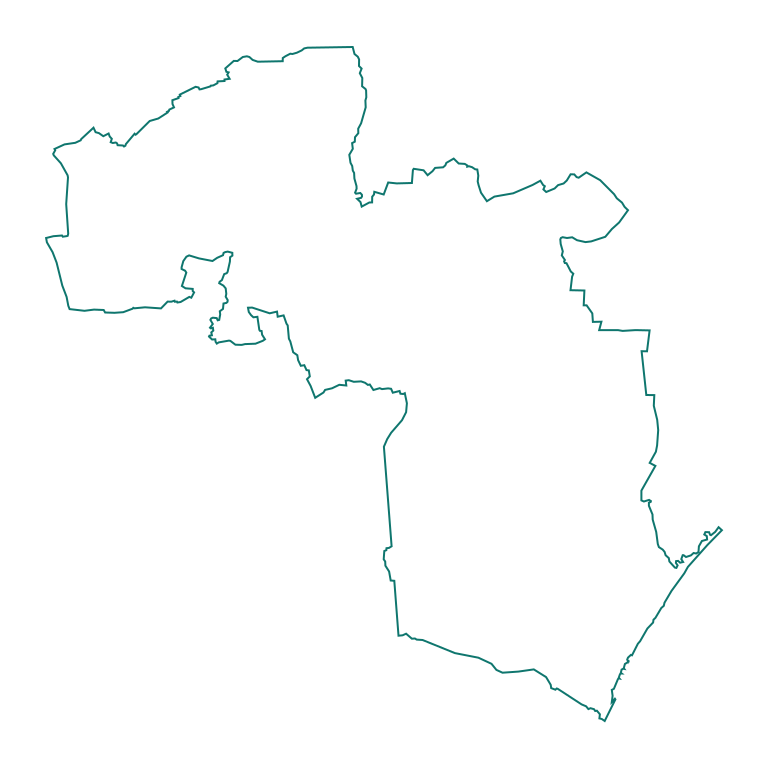 outline of Mueang Phetchaburi, Phetchaburi, Thailand
{"feature_id": "78962969B35998281204361", "entity_name": "Mueang Phetchaburi", "entity_type": "district", "adm_level": 2, "iso_a3": "THA", "parent_name": "Thailand", "parent_adm1": "Phetchaburi", "projection": "albers", "projection_center": [99.958, 13.071], "detail": "fine", "context": "isolated", "style": "outline", "palette": "teal", "viewbox_px": 768, "rotation_deg": 0, "n_neighbors": 0, "source": "geoboundaries", "source_scale": "gbopen_adm2", "svg_char_len": 6047}
<svg xmlns="http://www.w3.org/2000/svg" viewBox="0 0 768 768"><path d="M225.3,68.4L226.4,71.8L228.6,72.4L227.2,74.7L229.6,78.8L224.5,79.5L224.5,81.0L217.6,81.4L217.4,83.2L213.3,85.4L210.7,85.7L210.4,86.4L201.1,89.2L199.5,89.4L198.6,87.5L195.6,86.8L179.8,94.6L180.4,96.0L178.3,97.0L178.5,98.1L172.4,100.2L172.5,104.0L174.0,107.4L169.3,109.6L169.0,110.8L167.1,111.8L167.6,112.5L158.3,118.5L149.7,121.0L136.4,134.2L135.6,134.7L134.6,133.7L125.8,144.2L125.4,145.7L124.0,146.5L123.0,145.5L117.6,145.2L117.1,143.4L115.8,142.5L112.8,143.0L110.7,142.2L111.8,138.8L109.7,136.5L108.6,133.5L103.3,136.2L98.9,133.1L95.6,132.2L93.5,127.7L81.2,139.1L80.7,140.3L75.3,142.8L64.5,144.4L54.5,149.0L55.2,150.3L53.2,153.9L53.8,155.4L60.9,163.3L67.6,175.3L68.0,177.4L66.2,204.1L68.2,233.7L67.7,235.8L66.8,236.1L62.8,236.7L62.0,235.5L53.4,236.2L46.1,238.0L46.9,242.3L52.6,252.2L56.6,262.6L62.3,285.6L66.6,296.9L68.3,305.8L69.6,309.1L84.5,310.8L94.0,309.6L103.7,310.0L105.1,312.5L114.5,312.8L123.2,312.2L132.6,308.7L133.3,307.8L134.5,308.3L145.0,307.3L161.0,308.4L167.6,301.6L171.3,301.7L174.5,300.7L174.8,301.7L177.0,301.6L177.4,302.5L180.6,302.0L189.3,296.9L191.3,297.7L194.1,292.4L192.7,291.0L192.7,288.9L185.5,288.3L181.9,286.0L186.3,272.6L185.1,270.7L181.6,269.0L181.6,267.3L183.3,261.1L186.4,256.7L189.1,255.4L199.0,258.4L212.5,261.0L217.2,257.8L223.0,255.2L223.6,252.9L225.2,252.1L227.7,251.6L232.3,252.8L232.4,255.6L230.1,257.2L229.9,261.6L227.6,271.9L226.7,273.2L224.2,274.1L221.9,280.1L219.6,281.8L219.2,283.2L223.4,285.6L225.7,288.4L226.3,293.9L225.7,296.7L227.7,300.1L227.5,301.8L226.4,302.9L223.5,303.5L223.0,308.9L219.8,311.3L220.2,314.4L219.2,319.9L217.7,320.3L216.7,318.1L212.8,317.7L211.1,318.5L210.4,319.9L212.8,324.0L210.0,327.7L210.9,328.4L212.9,327.8L213.3,330.6L211.3,332.4L211.9,335.3L209.4,335.7L209.0,336.6L212.1,339.5L215.3,339.3L215.6,341.8L216.8,343.6L218.7,342.4L229.0,340.6L230.4,340.9L235.4,344.7L241.7,344.9L245.0,344.1L255.5,343.7L262.8,340.8L265.0,339.3L262.1,334.7L261.6,331.0L259.9,330.8L259.3,329.8L257.4,316.8L253.4,317.3L251.1,315.2L248.8,312.0L248.0,307.7L252.2,307.6L269.7,313.3L277.0,311.6L277.7,316.7L283.6,315.4L286.5,323.7L287.7,325.4L288.9,338.7L290.3,341.4L293.2,352.3L297.3,355.2L298.1,360.1L300.8,365.8L304.3,365.2L306.5,370.1L308.8,370.4L309.8,376.4L307.0,379.2L310.6,385.9L315.2,397.8L323.5,392.5L325.1,389.9L332.0,388.3L339.3,384.8L346.3,385.5L345.7,380.6L348.8,380.2L353.8,381.8L361.1,381.4L365.1,382.8L367.9,384.9L369.8,384.5L373.4,390.0L379.7,388.2L382.0,389.1L388.1,388.4L391.1,388.8L392.8,392.7L399.6,391.0L400.4,393.7L403.2,394.0L404.8,393.2L406.9,403.3L406.1,412.2L402.0,420.2L391.1,432.8L387.2,439.1L383.9,446.7L391.6,546.3L389.0,547.9L386.5,548.2L386.3,550.2L384.3,551.0L383.7,559.3L385.2,561.5L385.4,565.7L389.1,571.5L390.7,580.5L394.3,580.8L398.5,635.7L402.6,635.3L406.1,633.7L411.9,638.7L414.9,638.5L416.7,639.6L422.6,640.0L454.9,653.1L478.4,657.7L491.5,663.8L496.4,669.9L502.5,672.7L518.3,671.6L533.8,669.4L546.1,677.1L550.7,684.8L551.2,688.1L555.4,689.7L556.7,688.5L557.7,688.8L581.6,704.4L586.1,706.3L588.4,709.1L590.5,708.2L594.0,709.2L595.2,711.0L596.9,710.7L599.9,714.3L599.4,718.4L601.8,719.0L604.7,721.0L615.4,699.4L614.9,698.7L611.8,702.1L612.6,695.8L611.8,689.9L613.9,688.8L617.9,679.2L618.6,678.3L619.5,678.5L618.8,677.6L619.9,674.4L620.5,673.5L621.7,673.5L620.8,672.8L621.6,669.6L623.2,668.7L624.3,668.9L623.8,668.2L624.9,664.0L628.6,661.7L628.4,660.1L628.0,661.4L627.2,659.6L628.0,657.6L630.9,654.9L632.0,655.3L637.9,643.7L640.1,641.2L647.4,628.5L653.1,622.5L653.5,619.7L655.4,617.9L661.3,608.0L663.8,605.8L664.5,602.7L671.5,590.9L684.3,573.3L687.9,566.9L707.4,545.0L721.9,530.2L718.6,527.2L715.2,531.9L711.0,535.2L710.1,534.8L709.1,532.2L705.4,532.1L704.3,534.5L706.8,536.1L707.1,539.5L701.9,541.0L698.9,546.3L698.5,552.0L696.2,553.5L693.6,553.0L690.9,555.4L686.0,557.0L683.6,555.2L682.7,555.2L681.3,559.1L683.1,562.0L680.1,562.7L678.1,560.9L676.1,561.1L675.9,562.9L677.6,565.4L676.4,567.9L674.9,567.6L669.4,561.5L668.8,558.1L665.6,555.2L664.6,551.9L662.7,549.6L658.9,547.1L657.8,544.0L656.2,531.9L652.7,519.6L652.5,514.5L648.9,505.8L648.9,502.7L650.7,501.9L650.9,501.1L649.1,499.9L643.9,501.5L641.4,500.4L641.4,490.6L655.4,465.9L649.7,462.9L655.9,451.7L657.1,445.4L658.2,430.1L657.2,419.8L653.8,405.8L654.3,395.1L646.3,395.0L641.6,351.2L647.0,351.3L649.6,330.4L635.5,330.1L622.6,330.9L617.9,330.1L599.2,330.1L601.4,321.7L592.9,321.9L592.3,313.4L586.6,305.3L583.7,305.3L584.4,290.5L570.5,290.2L572.1,276.7L573.3,273.7L570.8,271.5L566.5,263.2L564.8,263.0L564.1,261.3L564.9,260.0L561.8,255.4L562.8,251.4L560.7,244.0L560.3,239.4L560.9,238.0L562.6,237.2L567.0,238.0L572.2,237.3L577.0,240.2L585.5,242.1L591.2,241.4L605.3,236.8L611.9,229.0L619.1,222.5L628.0,210.2L624.6,206.9L622.0,202.6L616.8,198.3L614.1,194.2L600.2,180.2L586.4,172.4L578.7,177.7L576.6,177.1L574.3,174.4L570.6,174.3L566.8,180.5L563.6,183.5L558.1,185.1L554.6,188.5L546.2,192.0L543.4,189.4L544.8,186.2L543.1,185.0L540.4,180.7L532.5,185.0L513.2,193.3L494.4,196.6L486.9,201.2L481.0,192.7L478.6,185.2L477.7,181.5L478.3,175.6L477.3,169.5L475.2,169.3L472.1,167.2L468.9,166.2L467.2,166.7L467.2,165.4L464.8,163.9L458.7,163.5L453.7,158.6L446.4,162.8L445.3,165.4L443.1,167.3L435.1,167.9L432.5,171.2L427.6,175.2L423.6,170.3L413.7,168.8L412.9,170.1L411.9,183.0L396.7,183.4L388.2,182.5L383.7,194.5L374.3,191.8L374.0,194.5L372.2,196.7L372.1,202.4L369.3,202.5L361.7,206.6L360.5,202.1L357.1,198.8L361.2,197.8L362.0,196.4L361.9,194.7L360.3,193.0L356.0,193.7L355.1,192.7L356.6,188.7L356.5,186.1L354.4,178.5L354.1,172.9L352.8,170.6L352.2,166.0L350.5,162.8L349.3,154.8L352.8,148.8L352.1,143.1L354.8,141.7L355.0,137.2L358.3,133.2L358.2,128.7L361.1,123.3L365.7,107.3L365.4,100.5L366.3,97.3L366.1,90.4L365.5,89.0L362.1,86.3L362.3,78.0L359.8,73.2L361.6,68.6L359.0,66.0L359.1,59.4L357.8,56.7L354.5,54.0L352.7,47.0L307.5,47.7L304.2,48.4L301.7,50.4L296.9,52.7L292.4,54.0L290.3,53.7L285.5,56.2L282.8,58.0L282.7,61.2L257.8,61.7L252.6,59.9L249.4,57.0L246.9,56.3L242.8,57.0L237.5,61.0L233.8,60.9L225.3,68.4Z" fill="none" stroke="#0f766e" stroke-width="2"/></svg>